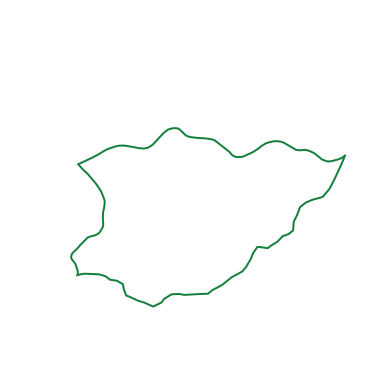 Jangjin, Hamgyŏng-namdo, North Korea, rotated 50°
{"feature_id": "82179303B63049631124183", "entity_name": "Jangjin", "entity_type": "district", "adm_level": 2, "iso_a3": "PRK", "parent_name": "North Korea", "parent_adm1": "Hamgyŏng-namdo", "projection": "albers", "projection_center": [127.23, 40.497], "detail": "fine", "context": "isolated", "style": "outline", "palette": "green", "viewbox_px": 384, "rotation_deg": 50, "n_neighbors": 0, "source": "geoboundaries", "source_scale": "gbopen_adm2", "svg_char_len": 1807}
<svg xmlns="http://www.w3.org/2000/svg" viewBox="0 0 384 384"><g transform="rotate(50 192 192)"><path d="M262.2,50.7L262.4,53.5L261.9,56.3L261.2,58.6L258.3,64.8L256.9,67.1L254.9,69.2L250.6,71.5L241.0,73.4L236.4,75.4L234.1,76.9L232.0,78.8L228.8,83.3L226.6,85.2L214.0,89.7L211.4,91.0L209.2,92.7L207.4,94.6L205.6,97.0L204.2,99.5L202.3,103.7L201.5,108.6L201.3,114.2L200.6,119.7L198.0,129.2L197.1,131.3L193.7,135.7L191.2,137.0L188.8,137.6L186.1,137.5L183.5,137.9L167.0,141.4L164.7,142.7L162.5,144.6L158.4,148.4L154.8,152.4L148.7,158.1L146.2,159.7L144.2,160.4L136.5,161.2L134.3,161.9L132.3,163.8L130.7,165.9L128.8,170.1L128.5,175.6L130.4,190.7L130.4,193.4L130.0,196.1L129.2,198.5L127.9,200.8L123.9,204.8L121.6,206.6L113.3,213.6L109.8,217.8L107.8,221.6L105.3,228.0L104.6,230.4L104.0,232.9L103.3,238.1L101.8,245.5L97.6,261.3L103.4,261.2L111.0,260.3L123.9,260.2L132.1,261.1L134.6,261.7L141.2,263.9L143.8,265.4L147.6,269.5L150.9,273.7L155.2,277.5L159.8,280.8L161.5,282.9L163.3,287.7L163.7,289.6L163.4,292.0L162.7,294.4L160.5,299.0L159.8,301.5L160.8,311.8L161.6,316.6L161.9,321.8L162.4,324.2L164.2,326.5L166.2,327.3L172.0,327.5L178.5,330.0L180.9,331.7L182.0,333.3L183.5,330.1L185.7,326.6L190.1,321.8L195.6,315.9L201.0,312.4L206.3,311.3L211.8,306.5L218.2,304.2L222.4,306.6L228.8,309.0L233.1,306.7L240.6,303.2L246.1,299.6L254.8,295.4L255.8,291.3L257.0,286.6L256.0,281.8L257.2,273.5L261.6,267.6L265.9,264.0L270.3,258.1L274.7,252.2L280.2,245.1L280.2,243.9L280.3,239.1L281.4,234.4L282.6,228.4L282.8,216.5L285.2,204.6L284.2,198.7L281.2,190.3L278.1,184.4L276.1,177.2L278.3,174.9L283.7,170.1L283.8,166.5L285.0,158.2L284.1,151.1L286.3,145.1L286.4,139.2L280.2,133.2L277.1,126.1L273.0,118.9L273.2,111.8L275.4,104.6L279.8,95.1L277.9,84.4L273.9,74.9L267.8,61.8L262.2,50.7Z" fill="none" stroke="#15803d" stroke-width="2"/></g></svg>